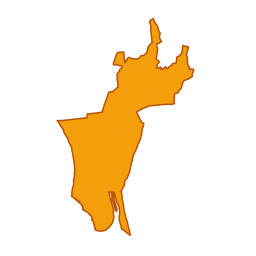 the district of Labuhan Batu, Sumatera Utara, Indonesia, rotated 175°
{"feature_id": "22746128B75065966155231", "entity_name": "Labuhan Batu", "entity_type": "district", "adm_level": 2, "iso_a3": "IDN", "parent_name": "Indonesia", "parent_adm1": "Sumatera Utara", "projection": "robinson", "projection_center": [100.13, 2.27], "detail": "fine", "context": "isolated", "style": "filled", "palette": "amber", "viewbox_px": 256, "rotation_deg": 175, "n_neighbors": 0, "source": "geoboundaries", "source_scale": "gbopen_adm2", "svg_char_len": 5584}
<svg xmlns="http://www.w3.org/2000/svg" viewBox="0 0 256 256"><g transform="rotate(175 128 128)"><path d="M190.0,65.6L189.9,65.0L189.8,64.9L189.7,64.2L188.9,63.9L188.3,63.4L187.6,62.5L187.4,62.3L187.2,62.3L187.2,62.1L187.1,61.9L186.7,61.7L186.5,61.4L186.2,61.1L186.2,61.3L185.9,61.1L185.6,61.1L185.2,60.8L185.5,60.9L185.6,60.6L185.3,60.5L185.2,60.4L185.0,60.5L184.9,60.7L184.7,60.5L184.8,60.2L184.8,59.9L184.4,59.2L184.0,59.0L183.8,59.1L183.9,58.9L183.7,58.7L183.3,59.0L183.2,58.7L183.4,58.4L183.2,58.3L183.2,58.2L182.7,58.3L182.9,58.0L182.4,57.1L181.7,56.3L181.5,56.5L181.3,56.3L180.6,55.0L180.3,54.2L180.1,54.2L180.2,53.8L180.0,52.4L180.1,52.1L180.1,51.9L180.3,51.7L180.3,51.3L179.7,50.3L179.2,49.9L178.9,49.9L178.8,49.7L178.6,49.7L177.9,49.0L177.7,48.7L177.0,48.7L176.2,47.8L175.8,47.7L173.8,45.2L173.4,44.3L173.0,44.2L172.3,43.4L172.1,42.9L171.9,41.6L171.6,41.2L171.5,40.8L171.5,40.5L171.8,40.5L172.2,40.0L172.0,39.7L171.9,39.5L171.5,39.7L171.2,39.4L171.2,38.4L170.8,37.8L170.6,36.5L169.9,35.4L170.1,35.2L170.1,34.1L170.2,33.9L170.2,33.2L170.1,32.6L169.5,31.5L169.5,31.2L169.8,30.9L169.6,30.5L169.5,29.8L169.6,29.7L169.5,29.3L168.4,28.7L167.3,28.4L166.9,28.3L166.7,28.1L166.4,28.2L165.1,27.8L164.8,27.7L164.3,27.8L163.6,27.6L163.4,27.8L162.9,27.6L162.0,27.7L160.8,28.0L160.6,27.9L160.1,28.1L159.7,28.2L158.0,28.9L157.6,29.3L157.2,29.5L156.3,30.1L156.1,30.4L155.9,30.4L155.1,31.3L154.5,31.7L154.1,32.2L153.9,32.3L153.7,32.6L153.4,32.8L152.1,34.4L151.5,35.4L149.9,39.8L149.9,43.5L149.6,48.6L149.8,50.7L150.0,51.8L150.4,52.8L151.2,57.4L151.8,59.3L152.1,61.3L152.2,62.9L152.7,66.0L148.0,65.4L147.6,64.8L146.8,62.7L146.5,60.0L146.0,57.3L145.8,55.3L144.0,50.7L143.7,49.1L143.6,45.7L143.7,43.7L144.5,40.4L144.7,38.6L144.6,36.6L144.1,33.6L143.4,30.1L143.3,29.2L143.1,27.9L141.9,26.9L141.0,26.3L140.3,25.6L140.0,25.4L138.2,23.7L137.6,23.1L137.3,22.7L136.8,22.4L136.2,21.6L135.1,21.1L135.4,24.2L135.4,26.4L135.8,27.0L136.1,27.9L136.5,31.4L137.0,35.3L137.3,36.4L137.8,38.7L138.1,39.8L138.6,44.3L138.9,45.8L139.3,48.5L139.2,51.3L139.9,56.8L139.9,61.7L140.3,65.7L140.0,65.8L139.9,66.6L138.6,68.4L137.1,70.0L135.9,74.7L134.9,76.6L133.4,77.9L129.9,84.6L129.5,87.1L128.7,89.2L128.3,90.8L127.9,91.7L127.4,93.6L126.5,94.8L126.4,95.7L125.5,99.5L121.4,106.6L119.5,110.8L118.9,111.9L118.3,112.6L117.2,115.0L116.3,116.7L114.7,122.0L114.2,124.6L113.3,127.1L112.0,129.9L112.1,131.0L112.8,131.9L114.1,132.6L115.2,135.7L118.1,143.3L111.4,146.1L108.2,147.2L106.5,147.5L105.0,148.2L88.6,148.3L86.3,148.1L85.4,148.2L84.0,147.8L82.3,147.8L80.0,148.1L79.6,149.2L79.6,150.4L79.5,153.1L79.2,153.9L78.5,158.1L77.4,158.5L75.4,158.6L74.8,158.9L74.5,159.4L74.1,161.0L72.3,162.1L71.3,163.1L70.8,164.7L70.6,165.9L70.0,167.2L69.4,168.3L68.8,169.8L67.3,170.6L63.4,171.5L62.3,172.2L61.3,172.8L60.4,173.1L59.5,173.7L59.3,174.3L59.2,176.9L58.6,177.4L57.8,178.9L57.5,180.2L57.6,180.7L58.2,180.7L58.9,181.2L60.3,181.2L61.8,180.9L61.9,181.1L62.0,181.4L61.5,182.6L61.5,183.2L62.4,184.7L62.8,185.8L62.9,187.8L63.3,189.0L63.2,189.4L62.7,190.4L62.8,192.0L63.1,194.2L63.3,196.2L61.2,201.9L60.7,203.6L66.2,205.3L66.5,204.1L68.0,197.7L68.4,197.3L69.5,196.5L71.7,194.7L72.9,194.6L73.2,194.0L74.4,188.8L74.6,188.5L77.1,188.3L78.0,188.1L78.6,187.7L79.2,186.5L80.5,186.1L81.5,185.5L82.6,184.5L83.2,183.9L83.5,183.7L83.9,183.8L84.1,184.0L84.9,185.2L85.3,185.6L85.8,185.7L86.6,184.5L87.2,184.1L88.1,183.8L88.5,183.5L89.7,183.5L90.1,183.7L90.1,184.1L89.8,184.8L89.8,185.1L89.8,185.4L90.1,185.7L90.9,185.7L92.7,185.0L93.7,185.0L94.4,185.3L94.6,185.6L94.5,185.8L94.4,186.0L94.0,186.3L93.6,187.0L92.9,189.4L92.7,189.7L91.1,190.6L90.9,190.8L92.2,192.5L93.4,193.7L93.6,194.1L93.7,194.8L93.5,196.0L91.9,202.6L91.6,204.6L92.1,207.2L92.2,208.7L91.7,209.4L90.1,209.6L87.8,210.7L87.0,211.2L88.1,213.1L88.5,214.4L88.7,215.7L88.5,217.8L87.8,218.9L87.7,219.5L87.7,219.8L88.6,220.9L88.9,222.9L89.4,224.7L90.0,227.5L91.0,228.9L92.6,232.4L93.2,234.3L93.1,234.9L95.3,233.6L96.4,233.4L97.3,231.2L96.7,229.5L96.6,228.5L96.5,228.0L96.4,227.2L96.6,225.7L96.8,225.2L96.8,224.6L96.8,222.2L96.8,220.1L96.6,216.4L96.6,210.7L99.0,208.9L99.9,208.1L100.7,207.0L101.1,206.5L101.6,204.2L102.0,203.4L102.5,202.0L103.0,201.1L104.0,200.3L105.3,199.8L106.0,198.9L106.4,198.7L107.2,198.7L107.9,198.8L108.9,198.9L110.0,197.4L111.4,196.4L113.4,195.9L115.5,196.2L117.0,196.6L118.6,197.1L119.2,197.5L120.2,198.0L121.1,198.1L122.4,197.6L122.8,197.2L123.1,196.7L123.2,195.7L123.9,195.1L124.6,195.1L124.7,194.1L124.9,193.6L125.2,193.3L125.5,193.3L125.6,193.6L125.6,203.2L125.8,204.0L126.2,204.2L131.6,204.1L132.0,203.8L133.3,201.9L136.8,193.9L137.1,192.7L136.4,192.0L135.0,192.3L133.4,191.8L130.6,190.7L129.9,190.9L129.0,190.7L128.5,190.1L128.3,189.4L128.7,188.8L129.9,188.1L131.2,186.7L131.9,185.1L133.5,183.5L134.3,182.5L134.2,179.7L134.7,177.2L134.4,175.5L134.3,169.9L139.4,166.1L140.1,165.5L140.8,165.6L143.0,165.6L143.6,165.4L144.4,164.8L144.6,164.0L144.9,163.3L149.4,153.4L151.2,149.2L152.4,146.0L158.8,145.7L167.5,145.5L168.1,141.8L191.7,141.2L196.5,141.4L198.5,141.6L197.4,141.3L195.5,137.0L192.6,131.8L192.2,129.4L191.1,126.7L189.6,124.2L189.0,123.6L188.5,120.3L188.1,119.0L186.9,116.0L186.0,113.5L185.6,112.1L185.9,109.9L185.8,109.2L185.4,108.4L184.7,97.4L184.6,92.1L184.8,90.2L185.4,88.0L185.3,86.6L185.5,84.7L186.7,81.5L186.9,80.4L186.9,77.8L187.2,76.5L188.0,74.1L188.3,73.6L189.4,69.3L189.7,67.0L190.0,65.6ZM150.3,64.5L149.9,61.4L149.9,60.3L150.1,58.9L148.4,52.9L147.8,47.9L147.5,46.8L146.8,46.0L146.1,47.2L146.0,48.1L147.1,52.4L147.6,54.7L148.2,60.3L148.4,63.4L148.5,64.1L149.2,64.9L150.3,65.0L150.3,64.5Z" fill="#f59e0b" stroke="#b45309" stroke-width="1.5"/></g></svg>